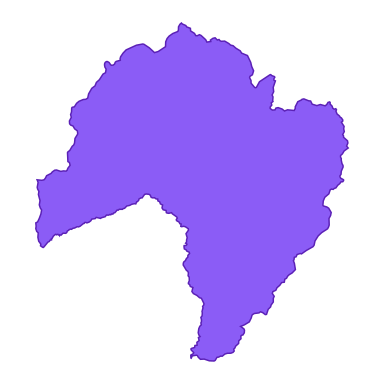 outline of Santa Rosa, Cauca, Colombia
{"feature_id": "7082276B65287171655445", "entity_name": "Santa Rosa", "entity_type": "district", "adm_level": 2, "iso_a3": "COL", "parent_name": "Colombia", "parent_adm1": "Cauca", "projection": "orthographic", "projection_center": [-76.572, 1.472], "detail": "fine", "context": "isolated", "style": "filled", "palette": "violet", "viewbox_px": 384, "rotation_deg": 0, "n_neighbors": 0, "source": "geoboundaries", "source_scale": "gbopen_adm2", "svg_char_len": 5921}
<svg xmlns="http://www.w3.org/2000/svg" viewBox="0 0 384 384"><path d="M336.5,109.8L335.8,108.7L334.2,109.2L332.8,108.2L332.1,106.1L330.1,104.0L330.2,102.6L329.7,101.9L328.0,102.4L326.7,104.6L325.1,105.8L320.3,104.5L316.9,105.6L312.2,104.2L310.6,101.0L308.7,100.8L303.9,98.9L302.0,99.3L301.5,99.9L297.8,101.7L295.2,106.9L295.3,108.3L294.2,110.5L287.5,109.8L284.5,111.0L282.1,109.0L278.1,107.6L275.9,108.1L275.0,109.9L272.4,110.1L270.2,108.5L270.1,107.9L270.2,107.0L271.8,105.1L271.2,102.9L273.0,101.5L272.7,100.6L273.0,96.9L272.1,95.0L273.7,91.7L273.2,87.4L275.4,80.9L273.8,80.0L273.9,78.7L274.8,77.3L274.5,76.6L271.8,75.6L270.7,74.6L269.9,74.8L259.5,81.7L256.4,87.4L255.4,87.7L254.6,87.4L251.1,83.2L251.0,80.4L249.6,77.8L249.9,76.4L252.4,74.8L253.6,70.8L251.7,66.5L250.7,62.3L247.5,55.6L241.6,53.1L240.2,50.8L235.9,48.2L233.1,45.7L230.6,45.1L228.8,43.5L224.7,41.1L221.3,41.3L220.1,40.8L219.0,39.5L217.3,40.0L215.1,37.8L212.9,38.3L210.4,40.1L210.8,41.5L206.9,42.1L205.7,39.7L201.0,35.4L199.4,34.7L197.3,35.7L195.7,35.6L194.5,33.4L190.6,30.9L190.4,28.3L186.7,26.9L185.8,25.5L182.3,24.0L181.4,23.0L179.9,24.3L178.5,26.8L178.4,30.1L177.8,31.5L172.8,33.5L169.1,36.1L167.1,38.5L165.7,41.8L165.5,46.7L158.2,51.5L154.5,52.6L149.3,47.8L144.0,44.3L142.8,44.0L136.4,45.2L126.1,49.9L123.0,53.2L120.6,56.8L120.1,58.6L120.3,60.3L116.2,61.4L115.2,62.3L114.6,64.0L113.2,65.1L111.5,65.3L110.6,64.7L109.1,62.5L107.5,61.6L106.8,61.5L105.5,62.1L104.7,63.3L104.5,64.9L104.9,67.1L106.1,69.2L105.5,72.7L103.0,74.1L99.4,79.7L96.4,82.4L95.0,85.9L91.8,88.3L88.6,93.9L87.7,98.1L85.8,99.3L83.3,99.5L79.0,101.3L76.6,103.3L74.4,106.8L72.2,107.3L71.7,108.0L71.5,112.0L70.6,114.6L71.3,117.3L69.4,121.0L69.6,123.8L70.7,125.1L73.0,126.0L74.7,128.9L77.3,130.8L77.7,133.2L77.6,134.2L75.0,138.4L74.5,143.1L73.7,145.0L72.2,146.3L69.8,150.4L67.7,152.1L67.5,152.7L67.9,161.6L69.4,162.5L70.1,165.3L67.9,168.2L67.0,170.4L66.1,171.1L63.4,170.9L60.8,171.4L56.5,170.0L54.7,170.2L52.3,171.9L51.1,173.4L46.6,175.7L45.3,178.3L44.0,179.8L41.8,180.3L37.1,179.8L38.1,182.4L37.2,187.3L37.6,189.0L38.9,191.4L38.4,194.5L40.0,200.6L39.3,204.9L40.3,208.0L41.6,210.0L40.9,214.0L39.3,218.3L37.6,221.9L35.8,222.9L36.1,226.2L35.8,228.7L36.7,231.4L38.2,232.8L37.9,237.3L38.7,241.2L40.8,244.1L40.5,245.8L42.6,247.3L43.2,247.5L44.0,246.9L47.9,242.1L49.2,241.5L50.2,240.1L51.5,239.9L51.4,238.9L51.8,238.9L53.4,236.1L55.1,234.6L55.8,234.3L56.4,234.8L57.9,234.3L58.5,235.0L59.2,234.9L59.6,235.6L59.9,234.8L61.1,235.1L63.0,233.2L65.8,233.3L66.8,232.5L67.3,231.0L68.7,230.3L69.0,229.7L70.6,229.1L71.6,229.3L72.9,228.3L74.7,228.0L77.1,226.7L78.5,226.9L80.0,226.3L83.5,223.5L84.2,223.4L84.7,222.5L85.9,222.4L86.9,222.9L89.1,222.1L90.8,220.8L91.8,219.1L95.2,218.6L96.2,217.4L100.7,218.4L101.2,217.8L105.2,216.7L106.4,215.1L108.8,215.1L109.7,214.5L110.8,214.8L111.4,214.0L112.9,214.1L113.5,213.1L114.9,212.7L117.2,210.0L118.2,210.2L119.2,209.3L122.5,209.3L123.2,208.6L124.6,208.3L126.8,206.0L129.7,205.4L131.7,204.3L134.3,203.7L135.8,203.9L136.6,201.9L137.5,201.6L138.7,200.3L138.9,199.1L140.9,197.9L142.1,197.9L144.6,194.4L146.2,194.0L149.0,194.3L150.2,195.1L151.2,197.4L152.9,197.9L154.4,197.7L156.2,199.0L157.7,199.0L157.9,200.9L159.6,201.7L160.4,203.9L162.6,205.0L162.0,207.9L163.2,209.8L166.1,210.5L166.3,212.6L166.9,213.0L168.8,213.3L171.6,212.7L172.3,213.8L176.7,216.9L177.3,218.1L176.3,219.5L176.5,220.6L179.1,222.1L179.8,223.7L181.1,224.0L180.8,226.4L181.7,226.7L183.4,226.3L185.3,226.7L188.3,228.7L188.4,230.2L186.0,233.7L187.2,237.7L186.6,239.8L186.5,242.1L185.6,243.2L186.8,243.9L186.9,244.5L186.2,245.4L184.1,245.6L184.0,246.7L184.3,248.9L186.2,249.9L186.8,251.1L189.2,252.2L189.6,253.4L187.9,255.3L187.8,257.2L186.4,258.5L185.4,260.6L183.9,261.8L183.3,263.1L183.2,265.0L186.5,270.5L187.6,271.1L188.4,272.7L188.1,275.8L189.2,277.2L189.3,280.7L188.4,282.8L188.4,283.7L189.7,284.7L190.3,286.5L192.9,287.5L191.9,291.5L193.4,293.6L196.9,295.4L199.5,297.7L201.4,298.3L203.9,303.5L203.8,304.9L202.6,306.4L203.0,307.8L202.0,311.5L202.3,312.8L202.1,315.8L200.9,317.4L201.5,319.9L201.4,321.9L200.9,322.9L201.3,324.8L199.8,326.3L198.8,328.6L198.2,332.7L198.8,334.9L200.1,336.6L198.4,337.5L199.1,340.6L196.9,342.3L197.1,345.2L194.9,345.5L194.6,347.5L191.7,348.3L190.9,349.0L191.3,350.1L193.7,352.6L193.2,353.7L190.8,355.1L190.9,358.0L191.2,358.2L192.3,355.9L196.5,355.2L197.4,355.6L198.3,357.3L200.4,359.3L204.2,359.1L209.3,360.8L214.1,361.0L215.2,360.4L217.0,357.3L218.6,357.1L220.6,356.1L222.3,356.2L224.8,354.1L227.2,353.3L230.9,353.2L233.0,352.4L234.2,351.0L233.7,349.2L234.9,348.0L235.6,346.2L238.6,343.5L238.8,340.8L241.0,338.7L240.8,336.1L242.0,335.1L242.9,335.0L244.3,332.8L244.5,330.2L243.9,328.8L240.6,326.4L244.3,324.9L249.3,321.9L251.3,317.8L251.9,315.5L252.4,314.7L254.3,313.5L259.0,312.9L260.4,311.8L262.5,312.5L265.3,314.6L266.5,314.4L268.2,309.3L270.6,306.9L271.1,305.0L273.3,302.0L273.3,298.4L274.2,296.3L272.3,293.4L272.9,291.6L275.8,290.3L277.0,287.7L279.8,285.3L281.6,282.6L284.3,282.2L284.8,279.2L286.5,278.3L287.7,276.1L289.2,274.7L292.1,273.0L295.4,269.6L294.4,263.4L293.4,260.7L294.0,259.8L294.3,257.3L296.1,256.8L297.1,254.5L300.2,253.5L301.5,253.9L306.3,250.5L313.0,246.7L314.1,245.2L315.0,241.0L318.2,235.9L321.7,232.6L327.6,228.8L328.6,226.9L329.2,225.0L329.0,218.5L330.6,215.5L331.2,212.5L328.7,208.2L326.9,207.0L323.3,205.9L322.9,205.2L323.3,200.9L324.8,197.3L328.9,193.8L330.2,189.8L331.4,189.1L333.2,189.4L334.3,188.4L335.9,187.9L337.7,185.3L339.8,183.6L340.9,181.9L342.8,181.7L343.6,180.6L343.5,179.7L340.6,178.1L339.9,176.6L340.0,175.7L341.0,174.4L341.3,171.2L343.1,167.0L343.0,165.4L342.0,163.6L341.2,159.9L341.3,158.6L340.5,157.0L340.6,155.5L342.4,153.9L344.1,151.0L348.2,148.0L346.6,146.1L347.9,143.0L347.5,140.8L343.6,137.3L343.5,135.7L342.7,134.6L344.3,131.6L343.7,128.8L344.1,126.4L341.4,122.2L342.7,121.2L342.8,120.0L341.4,117.9L340.2,117.2L339.5,116.0L337.0,113.9L335.9,111.0L336.5,109.8Z" fill="#8b5cf6" stroke="#5b21b6" stroke-width="1.5"/></svg>